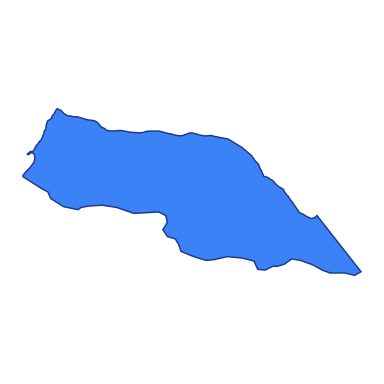 the district of Morne Siquot, Soufrière, Saint Lucia
{"feature_id": "8701671B8813575079880", "entity_name": "Morne Siquot", "entity_type": "district", "adm_level": 2, "iso_a3": "LCA", "parent_name": "Saint Lucia", "parent_adm1": "Soufrière", "projection": "albers", "projection_center": [-61.065, 13.891], "detail": "fine", "context": "isolated", "style": "filled", "palette": "blue", "viewbox_px": 384, "rotation_deg": 0, "n_neighbors": 0, "source": "geoboundaries", "source_scale": "gbopen_adm2", "svg_char_len": 4198}
<svg xmlns="http://www.w3.org/2000/svg" viewBox="0 0 384 384"><path d="M361.0,271.7L316.9,215.5L315.0,217.5L311.5,218.6L306.5,216.4L306.3,216.3L304.6,215.2L303.5,214.5L302.9,214.1L302.1,213.8L301.3,213.5L300.2,212.9L299.8,212.7L299.4,212.4L299.0,212.0L298.7,211.6L298.3,211.0L298.0,210.3L297.5,209.7L297.2,209.2L296.7,208.7L296.2,207.9L295.9,207.4L295.3,206.7L295.0,206.1L294.5,205.4L294.0,204.8L293.7,204.2L292.9,203.1L292.2,202.1L291.5,201.1L290.4,199.8L288.2,196.4L287.9,195.8L287.4,195.5L286.8,195.0L286.3,194.3L285.7,193.5L285.3,192.9L284.7,192.2L284.3,191.5L284.0,190.9L283.8,190.3L283.4,189.6L283.1,189.2L282.5,188.8L281.5,188.2L280.1,187.4L278.5,186.4L277.9,186.1L277.3,185.5L276.4,184.7L275.4,183.7L274.6,182.7L273.7,181.7L273.2,181.1L272.5,180.5L271.7,180.0L270.8,179.6L270.3,179.3L269.8,178.9L268.8,178.2L267.9,177.6L267.4,177.3L266.7,177.1L265.8,176.9L264.4,176.6L264.0,176.4L263.7,176.0L263.3,175.5L263.2,174.8L263.0,174.4L262.6,173.7L262.3,173.0L261.9,172.1L261.6,171.4L261.4,170.6L261.2,170.2L260.8,169.7L260.4,169.2L260.2,168.6L259.9,167.9L259.6,167.4L259.3,166.7L259.0,165.8L258.8,164.8L258.3,164.1L257.9,163.6L256.9,162.5L255.9,161.7L255.4,161.1L254.8,160.5L254.4,159.9L254.0,158.9L253.3,158.2L252.8,157.6L252.4,157.2L251.9,156.0L251.1,155.2L250.8,154.9L248.3,152.9L246.0,150.8L243.8,149.2L243.4,148.6L241.4,147.0L239.3,145.9L236.9,144.4L233.2,142.1L229.3,139.8L228.7,139.4L228.2,139.1L227.6,138.9L227.1,138.7L226.5,138.7L225.7,138.6L224.8,138.4L220.3,137.6L218.5,137.2L216.6,136.8L215.4,136.7L213.2,136.0L211.7,135.7L210.4,135.5L209.7,135.6L208.1,135.6L206.5,135.9L205.6,135.9L204.9,135.9L204.4,135.8L199.7,135.1L199.0,134.9L198.4,134.6L198.0,134.4L197.1,134.2L193.3,133.2L192.6,133.1L191.8,132.9L190.8,132.9L189.9,133.0L189.1,133.2L187.8,133.7L184.1,135.0L182.2,135.7L181.6,135.8L181.0,135.8L177.8,135.6L176.7,135.5L175.8,135.3L174.6,135.0L172.8,134.4L171.2,134.1L168.2,133.5L165.7,132.9L163.1,132.1L160.7,131.5L159.7,131.2L159.1,131.1L155.1,131.1L151.3,131.1L149.1,131.2L147.0,131.3L145.4,131.8L143.9,132.3L142.1,132.6L140.6,132.8L138.7,132.8L136.3,132.6L131.2,132.3L129.1,132.0L127.5,131.8L125.5,131.2L124.3,131.1L123.1,130.9L122.2,130.6L120.9,130.5L115.9,130.7L115.3,130.8L114.0,131.0L112.2,131.0L109.8,130.8L106.9,130.4L106.4,130.1L105.7,129.5L104.9,128.8L104.1,128.3L103.4,127.9L102.6,127.6L101.6,127.1L100.8,126.3L100.3,125.9L99.9,125.5L99.4,125.0L99.1,124.4L98.7,123.6L98.1,123.1L97.7,122.7L97.2,122.3L96.4,121.8L95.6,121.4L94.6,120.9L93.4,120.5L89.7,120.1L87.4,119.7L85.0,119.1L81.6,118.0L79.3,117.3L77.7,116.9L76.8,116.8L75.9,116.7L75.2,116.8L74.1,116.9L71.6,116.3L70.3,116.0L69.3,115.9L68.1,115.8L67.3,115.5L66.5,115.1L65.9,114.7L64.9,114.2L64.4,113.8L63.7,113.3L63.1,112.7L62.3,111.8L61.8,111.3L61.4,110.6L60.7,110.3L60.5,110.2L57.2,108.7L57.0,108.8L56.1,110.0L55.6,110.7L55.2,111.8L54.6,113.1L53.4,114.6L52.2,116.0L51.7,116.7L51.7,117.2L52.0,117.6L51.9,118.0L51.4,118.3L50.8,118.9L49.4,119.8L48.3,120.6L47.5,121.0L46.9,123.1L46.1,125.5L46.0,127.9L45.7,129.0L45.0,130.0L44.1,131.6L43.9,132.9L43.3,134.9L42.2,137.5L41.5,139.0L41.5,139.3L40.8,140.4L40.5,140.6L39.4,141.4L39.0,142.2L37.4,144.5L36.4,145.2L36.4,145.7L34.7,148.3L34.6,149.2L34.1,149.7L33.5,150.6L32.8,151.3L32.5,151.5L31.8,151.7L30.1,151.5L29.6,152.4L28.8,153.0L28.1,153.4L27.6,153.6L27.5,153.8L27.4,154.0L27.5,154.3L27.6,154.5L27.8,154.6L28.4,154.6L28.9,154.3L30.4,153.2L30.7,153.0L30.9,152.7L31.3,152.6L31.8,152.8L33.0,153.2L33.9,153.7L34.3,154.2L34.6,155.8L34.8,156.8L34.7,158.4L34.5,160.3L34.3,161.2L33.7,162.5L32.8,163.9L31.8,165.3L30.8,166.7L28.2,169.4L25.4,172.2L25.2,172.7L23.8,174.4L23.1,175.3L23.0,175.8L23.0,176.7L42.0,188.8L47.8,191.8L50.7,198.5L63.7,206.7L78.2,209.7L81.1,207.4L89.1,206.0L102.1,205.2L116.6,207.4L134.0,213.4L156.1,212.1L158.6,211.9L165.8,215.6L166.4,218.3L167.3,222.4L162.9,229.8L167.3,236.5L175.2,238.8L176.7,241.2L178.8,244.7L181.0,251.4L186.1,253.5L188.2,254.4L192.1,255.9L196.2,257.4L206.3,260.4L214.3,259.6L227.3,256.6L242.5,258.1L254.1,261.1L255.3,263.9L257.7,269.3L265.0,270.1L272.9,266.3L277.3,266.3L284.5,264.1L291.7,258.9L300.4,260.4L312.7,264.8L322.2,270.1L330.1,273.0L344.6,273.0L354.7,275.3L361.0,271.7Z" fill="#3b82f6" stroke="#1e3a8a" stroke-width="1.5"/></svg>